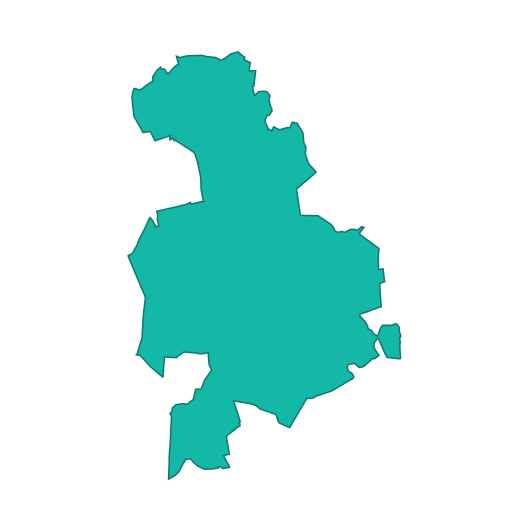 the district of Vecauces pag., Auces, Latvia, rotated 82°
{"feature_id": "27541924B96386945855845", "entity_name": "Vecauces pag.", "entity_type": "district", "adm_level": 2, "iso_a3": "LVA", "parent_name": "Latvia", "parent_adm1": "Auces", "projection": "mercator", "projection_center": [22.949, 56.481], "detail": "fine", "context": "isolated", "style": "filled", "palette": "teal", "viewbox_px": 512, "rotation_deg": 82, "n_neighbors": 0, "source": "geoboundaries", "source_scale": "gbopen_adm2", "svg_char_len": 5929}
<svg xmlns="http://www.w3.org/2000/svg" viewBox="0 0 512 512"><g transform="rotate(82 256 256)"><path d="M346.3,124.2L342.5,126.4L343.4,131.4L343.4,131.8L343.3,132.7L343.0,134.8L342.2,140.2L342.4,140.4L344.2,142.3L345.2,143.0L348.1,144.5L350.9,145.9L351.4,146.1L352.2,146.6L350.8,148.6L349.6,149.9L349.4,150.2L346.0,151.9L345.7,152.1L345.5,152.3L345.3,152.6L344.5,153.9L343.7,155.1L341.0,155.2L336.0,157.1L329.7,161.7L327.9,160.8L327.6,158.7L326.1,150.8L325.7,149.8L325.1,147.7L324.9,145.1L324.2,142.6L324.1,141.4L323.7,139.3L323.7,139.1L315.6,138.5L303.2,137.6L300.5,137.3L299.3,132.2L286.4,132.0L286.4,136.6L277.1,135.3L277.0,135.6L274.2,135.1L265.7,133.2L265.5,133.4L262.0,137.0L259.0,139.9L255.3,143.9L248.7,150.4L248.5,150.5L248.2,150.5L247.8,150.3L242.7,145.1L241.6,147.6L242.7,148.6L244.6,152.2L243.4,154.5L243.4,155.3L242.8,158.7L244.9,164.5L243.7,167.6L243.9,171.9L241.7,174.7L239.6,174.7L235.0,177.4L234.9,177.6L224.8,188.9L224.2,192.5L224.0,193.5L223.6,196.0L222.0,206.3L217.1,206.4L206.8,206.5L199.8,206.6L195.6,206.8L190.7,199.3L184.4,189.4L182.4,186.3L181.1,184.8L179.9,185.7L176.3,188.1L174.6,189.3L172.0,190.9L171.4,191.3L164.3,192.6L161.5,192.9L155.3,191.3L150.7,192.8L141.2,192.4L140.2,192.5L133.1,195.6L130.1,196.9L128.5,201.5L133.6,204.4L133.5,205.6L133.3,208.3L133.6,210.1L134.3,215.1L130.5,220.6L134.4,222.9L132.0,225.9L132.3,226.6L131.2,226.3L128.6,227.1L128.6,227.3L123.6,228.4L122.2,227.8L118.2,225.4L118.6,223.8L114.6,219.9L112.6,219.9L110.0,220.7L108.0,221.0L108.0,221.3L107.0,221.2L105.4,221.0L103.2,221.5L99.5,219.8L95.3,221.9L94.6,223.1L93.7,226.1L93.7,230.5L94.6,231.9L94.7,232.0L94.8,232.2L96.4,234.1L97.1,234.7L96.8,235.0L96.6,235.1L87.8,236.2L87.8,234.6L72.5,230.5L72.0,234.1L71.9,235.0L71.9,235.8L72.0,236.9L71.2,237.0L63.7,234.7L60.1,240.3L57.5,239.5L57.4,240.1L52.6,244.3L51.3,245.4L52.2,251.9L52.4,252.9L56.1,259.7L56.3,260.5L57.2,263.1L57.1,263.3L55.2,266.6L53.9,268.5L53.6,269.1L51.7,277.0L49.9,281.5L49.6,282.2L49.5,285.0L49.4,285.5L49.2,286.7L48.2,296.3L48.4,297.2L48.3,297.3L48.9,303.7L47.1,307.0L55.2,306.0L56.5,309.2L60.7,314.5L61.7,315.4L63.4,318.2L58.1,320.6L57.6,323.9L57.6,324.1L55.8,324.2L58.4,328.3L64.0,333.3L68.2,333.7L69.2,334.0L68.8,334.8L72.0,341.5L74.0,344.6L75.2,347.7L75.3,348.1L73.1,353.2L73.9,353.8L74.8,354.3L78.4,355.8L80.4,356.4L81.4,356.6L83.0,356.8L94.8,357.3L97.2,357.3L101.8,357.3L104.8,355.7L106.0,355.4L108.6,354.4L113.3,352.3L118.1,350.7L117.8,349.5L118.0,349.3L118.0,348.6L118.0,343.6L118.0,343.3L127.5,340.1L127.9,340.0L126.8,334.4L125.1,325.8L124.7,324.5L128.5,325.0L129.0,325.0L128.8,324.2L127.8,321.6L129.2,321.2L130.4,321.0L130.1,319.5L130.8,319.2L131.4,318.5L131.3,318.4L134.9,314.2L138.7,309.9L138.5,309.7L139.2,309.1L144.7,303.1L145.2,302.8L146.2,302.4L147.1,302.2L153.8,301.0L161.8,300.3L164.3,300.2L169.8,299.9L174.4,300.2L182.3,301.1L190.4,300.7L190.6,300.7L194.8,300.3L194.9,301.3L194.4,302.4L195.1,307.2L195.5,313.1L193.8,313.5L194.3,315.0L195.2,318.2L195.3,318.7L195.3,319.0L195.8,324.0L195.9,324.5L196.3,329.3L196.4,330.6L196.8,335.8L197.2,339.2L197.9,348.1L201.6,347.7L206.4,348.7L212.6,347.9L213.2,351.6L211.5,351.7L210.7,351.9L209.6,352.3L208.6,352.8L207.4,353.2L205.8,353.9L204.5,354.5L203.2,356.0L203.9,356.3L212.9,362.1L213.3,362.4L225.0,370.5L228.5,372.2L231.1,374.2L236.3,378.1L237.2,380.6L237.7,382.4L238.2,382.7L238.8,382.5L262.1,376.4L275.3,372.9L278.5,372.0L281.8,371.3L282.6,371.5L297.7,375.5L308.7,377.8L315.0,379.0L320.5,380.1L321.2,380.3L326.7,382.9L336.5,387.3L336.8,387.6L337.2,388.2L338.5,384.4L349.8,376.7L351.1,375.8L360.0,367.9L362.8,365.4L362.4,364.7L353.6,363.0L343.2,360.6L345.7,348.5L345.1,348.4L344.8,348.1L341.2,341.2L341.1,340.7L343.0,332.0L342.8,331.9L345.2,324.8L345.3,322.7L345.2,316.8L351.2,317.3L352.7,317.4L354.3,317.4L355.9,317.4L356.4,317.3L356.5,317.6L362.9,315.9L371.8,324.2L380.2,328.8L379.5,334.3L389.7,338.2L389.8,338.3L389.8,338.9L391.5,341.9L393.2,344.7L392.1,349.0L392.0,351.6L392.1,355.0L392.2,356.1L394.8,359.9L398.4,361.0L399.9,363.1L402.6,362.0L403.2,362.0L420.7,365.4L420.8,365.3L435.4,368.2L435.4,368.4L445.5,370.4L445.5,370.2L464.9,373.7L463.8,371.1L463.0,369.0L462.1,366.7L461.3,365.6L458.7,362.1L455.6,359.9L452.3,357.7L449.8,355.5L447.5,354.2L447.7,353.9L447.8,353.7L447.7,353.6L447.6,353.1L447.7,349.3L447.8,349.1L451.6,346.6L455.0,343.7L455.9,342.9L457.3,340.9L459.3,337.9L460.1,336.6L460.3,332.9L460.1,332.9L460.8,329.4L460.7,327.9L460.8,326.7L460.7,322.7L459.6,322.9L459.7,320.4L460.5,319.7L461.2,319.1L462.0,318.2L461.9,317.8L461.5,311.5L461.3,311.4L461.2,311.5L454.1,314.1L452.1,314.9L450.8,315.4L450.4,315.5L449.1,316.0L448.9,314.1L448.6,310.0L432.5,310.4L430.7,310.4L430.2,310.3L429.9,309.9L424.9,301.1L423.6,299.1L422.4,296.7L421.9,295.3L418.2,295.8L418.1,294.7L409.2,296.0L396.3,298.5L401.6,281.9L403.9,277.0L404.0,276.9L408.0,273.3L410.5,268.5L415.7,258.2L422.6,257.1L424.9,255.8L428.3,250.3L430.6,246.5L422.8,240.4L406.5,227.4L406.3,227.2L403.8,224.9L404.7,221.0L404.8,220.6L404.8,220.3L404.1,217.9L403.4,217.1L401.8,208.5L400.3,200.4L400.1,199.7L398.4,195.3L397.9,194.4L396.3,190.5L394.9,186.9L394.3,185.9L390.9,177.7L391.1,177.4L389.5,176.1L389.2,175.9L386.6,176.8L385.4,177.5L385.0,177.9L382.9,180.5L380.5,181.0L378.3,181.2L376.2,179.3L376.2,179.2L376.2,178.2L376.1,175.0L376.2,173.2L380.6,169.5L380.6,169.3L380.7,169.2L380.7,168.9L380.6,165.9L380.3,164.9L380.0,164.2L373.8,154.7L374.1,153.6L374.2,153.1L374.2,152.7L372.8,150.3L371.6,148.0L365.9,150.8L363.0,151.8L362.7,151.9L358.5,151.0L358.2,150.8L356.6,149.2L354.7,147.5L354.4,147.1L354.4,146.8L354.6,146.5L355.0,146.2L356.0,145.9L357.3,145.6L369.8,142.0L374.0,140.7L374.9,140.0L374.8,139.8L375.3,137.8L375.5,136.8L376.3,133.8L377.3,130.2L377.7,128.8L377.7,127.5L377.3,127.1L375.6,126.8L375.0,126.9L374.2,126.9L365.9,126.2L362.5,125.6L361.8,125.1L359.3,125.3L356.6,125.2L356.5,124.9L356.3,124.0L356.1,123.8L355.6,123.8L353.7,124.0L350.5,124.5L346.3,124.2Z" fill="#14b8a6" stroke="#0f766e" stroke-width="1.5"/></g></svg>